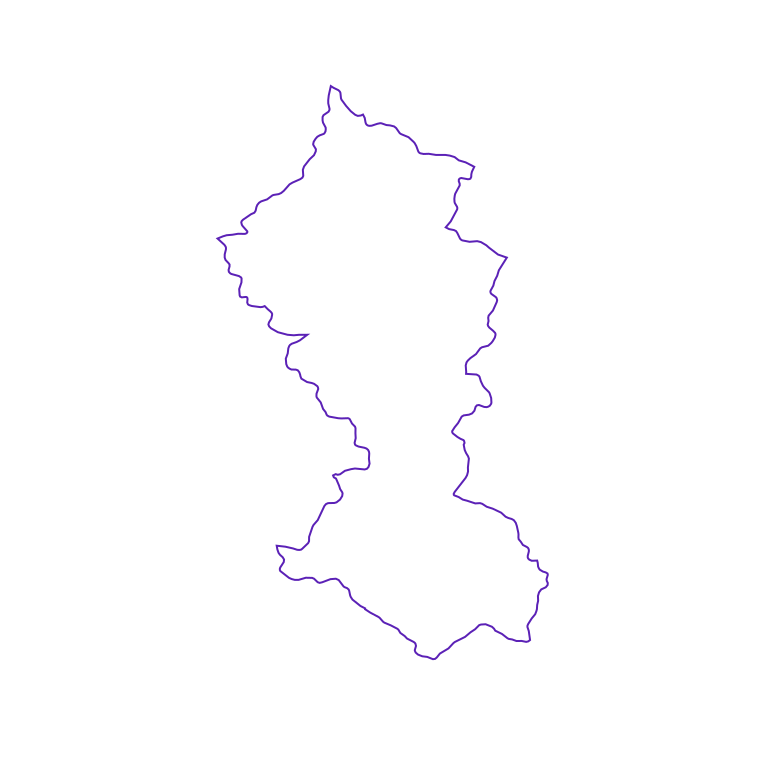 map outline of Moravicki (Equal Earth projection), rotated 336°
{"feature_id": "SRB-829", "entity_name": "Moravicki", "entity_type": "District", "adm_level": 1, "iso_a3": "SRB", "parent_name": "Republic of Serbia", "parent_adm1": "", "projection": "equal_earth", "projection_center": [20.274, 43.751], "detail": "fine", "context": "isolated", "style": "outline", "palette": "violet", "viewbox_px": 768, "rotation_deg": 336, "n_neighbors": 0, "source": "natural_earth", "source_scale": "10m", "svg_char_len": 6161}
<svg xmlns="http://www.w3.org/2000/svg" viewBox="0 0 768 768"><g transform="rotate(336 384 384)"><path d="M547.6,318.5L535.2,326.8L531.4,331.2L526.8,334.9L523.9,338.6L519.3,342.1L518.7,343.0L518.5,344.2L518.7,345.3L521.5,350.1L521.8,351.3L521.5,353.4L520.3,355.0L513.4,361.2L507.4,364.1L506.1,365.9L505.1,369.0L502.9,371.9L502.7,373.2L503.1,375.2L505.3,379.7L506.3,382.5L506.2,383.7L505.7,384.7L504.1,386.7L500.7,389.1L498.8,390.1L494.8,391.4L488.5,390.3L486.4,390.6L480.2,394.1L473.4,395.5L470.1,396.7L468.2,397.8L466.2,400.3L464.0,406.4L463.1,408.1L472.4,413.0L473.9,415.0L474.2,416.2L473.6,420.9L473.7,425.8L474.3,428.3L476.6,434.3L476.7,435.5L476.2,440.4L474.6,444.6L473.9,445.6L471.8,446.9L470.1,447.1L468.4,446.9L466.2,445.7L462.2,441.8L460.2,441.3L458.4,442.1L455.7,445.2L452.5,446.7L449.2,446.6L444.0,445.1L441.7,445.4L435.8,449.8L430.9,452.3L427.1,454.8L426.7,455.9L426.8,457.1L429.5,462.2L431.6,465.2L433.8,467.6L434.0,468.6L433.6,470.6L432.1,471.9L430.9,477.1L430.9,480.6L431.4,484.2L431.2,486.7L426.7,494.4L425.2,498.1L422.8,501.1L420.3,503.0L404.6,511.4L403.0,512.7L402.7,513.7L402.9,514.3L406.2,517.6L408.9,521.6L412.5,524.5L418.8,530.2L423.3,531.9L425.0,533.4L427.9,537.9L432.6,542.1L438.7,549.2L441.1,554.7L443.0,556.9L445.7,559.2L447.2,561.2L447.9,564.4L447.6,567.7L446.2,574.5L445.7,576.1L444.4,578.8L443.9,580.6L444.8,583.7L445.4,587.5L448.2,591.0L448.9,592.3L449.0,593.5L448.8,594.6L448.2,595.9L445.4,599.5L444.8,600.8L444.7,602.0L445.3,603.6L447.1,605.6L452.1,607.6L451.7,609.9L450.5,613.5L450.5,615.6L450.8,617.0L452.8,619.9L455.1,621.9L456.3,623.6L456.0,625.0L453.1,628.4L452.6,630.2L452.7,632.4L451.7,634.2L449.1,635.5L444.1,635.6L440.9,637.4L438.4,640.3L436.6,644.8L434.1,648.1L432.1,651.9L430.8,653.5L428.5,655.8L423.5,658.3L418.1,661.9L416.8,663.1L416.2,664.3L415.8,668.5L413.3,677.3L411.1,677.8L409.0,677.4L405.2,674.7L400.5,672.7L397.2,669.5L394.3,667.6L393.4,666.5L390.1,660.3L385.3,654.6L385.0,652.3L383.9,649.7L379.1,644.8L374.8,643.2L372.9,643.0L367.5,645.1L362.1,646.0L355.2,648.0L343.8,648.5L342.1,648.9L335.3,651.8L325.4,653.0L321.0,655.3L318.9,655.9L316.8,655.3L312.5,650.9L308.2,648.3L305.0,645.0L303.7,642.2L303.7,640.2L304.0,639.5L306.7,636.3L307.1,633.9L306.8,632.8L306.1,631.6L301.5,625.9L300.4,622.7L297.7,618.1L297.2,614.2L296.6,613.0L292.0,607.2L287.3,602.2L286.5,600.9L284.9,595.8L284.2,594.6L278.5,587.3L275.1,582.0L275.5,581.3L272.2,577.2L267.5,568.1L267.0,564.9L267.1,563.3L268.1,558.7L268.1,557.3L267.2,555.4L265.3,553.5L264.7,552.4L262.9,544.7L260.8,542.3L255.7,540.5L246.9,540.0L244.3,539.5L242.8,538.1L240.9,533.4L239.5,531.9L233.8,529.2L226.4,528.2L222.9,526.7L220.4,524.7L218.4,522.5L213.2,512.7L213.2,511.6L213.7,510.4L214.6,509.4L220.0,505.9L221.3,503.7L221.0,501.1L219.5,497.7L219.0,495.4L219.3,491.8L220.2,488.1L227.7,492.5L234.1,497.3L237.2,500.1L239.0,501.1L240.8,501.6L242.2,501.3L250.0,498.5L251.6,497.1L253.4,493.2L260.6,485.4L262.3,484.1L268.1,481.4L279.9,471.2L282.2,470.1L284.5,470.1L290.3,472.5L292.5,472.8L296.8,471.7L300.2,469.4L301.6,467.2L301.8,466.0L301.2,462.2L301.6,458.6L301.7,450.9L300.2,448.8L300.3,446.8L303.2,446.7L304.8,448.1L307.1,448.6L313.0,447.4L319.3,448.4L323.1,449.4L331.6,454.2L333.9,454.5L336.1,453.5L338.4,450.9L339.8,446.2L342.2,441.6L342.7,440.0L342.7,437.9L341.8,435.9L340.2,434.3L335.3,430.8L333.4,428.7L332.9,427.6L333.2,425.8L336.1,422.0L337.9,417.3L340.0,412.8L340.2,411.2L338.7,407.1L338.4,402.2L338.0,401.4L337.2,400.6L331.0,398.1L328.2,396.6L320.7,391.5L319.4,389.8L319.1,388.7L319.2,385.9L318.2,382.0L318.7,375.1L317.1,369.0L317.3,367.7L318.4,365.4L321.9,361.8L322.3,360.1L322.2,358.9L320.2,355.4L318.4,353.7L314.5,350.9L310.7,345.5L310.8,343.0L311.2,341.3L311.4,338.8L310.8,336.4L309.3,335.0L305.3,333.1L303.9,331.5L303.0,329.9L302.7,328.7L302.8,326.1L304.6,320.9L308.5,316.9L311.1,312.5L312.8,310.8L314.0,310.1L316.1,309.7L321.3,310.1L324.9,309.9L333.9,307.8L326.4,304.5L321.4,302.8L315.9,299.8L308.1,293.5L303.4,287.1L302.5,284.6L302.6,282.6L304.0,280.9L307.7,278.4L309.8,275.5L310.3,274.5L310.3,273.2L309.8,271.7L308.2,268.3L306.7,264.3L304.6,264.2L302.5,263.6L295.0,259.0L292.8,257.0L292.1,255.9L292.2,253.9L293.9,250.9L294.2,249.4L293.7,248.6L293.0,248.2L289.3,247.0L288.1,245.6L288.2,244.2L290.3,238.4L295.1,233.2L296.8,229.7L296.8,228.6L295.4,226.4L289.3,221.4L288.5,220.3L287.9,218.4L288.4,216.6L290.7,213.8L291.5,212.0L291.2,210.5L289.7,206.3L289.9,203.7L291.2,200.8L294.3,196.8L295.0,195.4L295.2,194.1L294.8,191.9L291.1,183.4L297.0,183.6L300.8,184.1L306.3,186.0L311.8,187.4L318.0,190.3L319.8,190.4L321.0,189.6L321.2,188.9L319.1,182.2L318.9,180.8L319.3,178.4L320.1,177.4L321.9,176.6L331.6,174.8L335.2,174.8L337.2,173.5L339.4,170.5L341.2,168.8L343.6,167.6L346.1,167.2L352.3,167.8L358.8,166.3L360.1,166.4L365.0,167.7L367.7,167.7L371.0,166.8L378.9,163.2L382.3,162.8L390.9,162.8L393.4,162.3L394.9,161.0L397.0,155.3L399.5,152.7L407.6,148.4L413.1,146.5L416.3,143.7L417.3,141.8L416.7,137.2L416.8,136.1L418.4,134.0L421.3,132.1L423.7,131.0L426.5,130.7L430.7,131.0L431.6,130.7L433.3,129.4L434.4,127.6L435.0,126.0L434.6,120.4L435.1,118.2L436.5,115.1L438.1,113.8L444.1,112.7L445.7,111.4L446.2,110.3L447.2,105.0L448.5,102.0L450.9,97.9L456.6,90.2L458.4,92.9L461.9,97.1L462.6,99.0L462.6,100.3L460.9,105.5L460.8,106.9L462.5,114.6L464.6,121.3L467.2,126.4L469.1,128.4L472.1,129.3L474.4,129.3L474.6,133.1L473.5,137.6L473.4,139.0L473.7,140.2L474.5,141.4L475.6,142.2L477.8,143.0L483.8,143.6L486.6,144.2L487.8,144.9L491.5,148.4L494.7,150.2L498.0,152.8L499.2,155.1L500.4,161.3L501.3,162.7L506.8,168.5L509.5,174.8L510.0,176.4L510.3,179.8L509.9,185.7L510.4,187.3L511.1,188.1L513.8,190.0L518.5,191.9L524.7,195.9L533.4,199.8L537.0,202.1L540.8,205.4L543.3,210.1L548.7,214.7L554.8,222.3L550.7,225.8L549.1,227.9L547.9,230.3L546.5,231.5L545.6,231.6L544.0,231.1L538.3,227.2L536.7,227.1L535.6,227.6L534.8,229.1L534.6,231.8L533.9,233.4L526.5,239.1L525.3,240.6L523.6,243.4L522.5,246.3L522.3,247.5L522.8,251.8L522.6,253.0L521.9,254.2L511.1,262.6L504.1,266.0L506.5,269.0L510.5,271.8L512.0,273.6L512.4,275.9L512.6,282.2L513.3,283.9L514.0,284.7L520.0,288.9L527.2,291.4L530.3,293.8L533.9,298.9L535.4,302.2L540.8,312.1L547.6,318.5Z" fill="none" stroke="#5b21b6" stroke-width="2"/></g></svg>